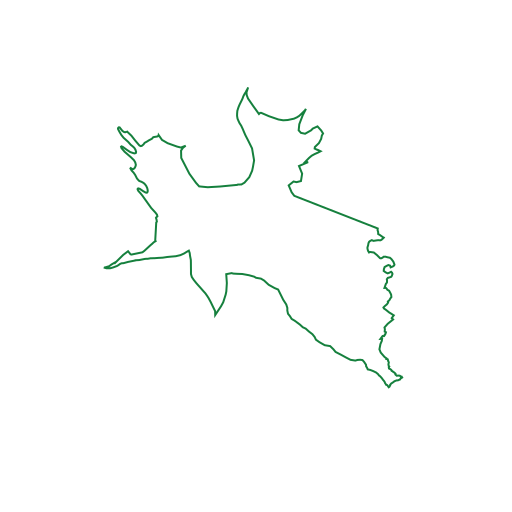 Hutan, Jawa Tengah, Indonesia, rotated 53°
{"feature_id": "22746128B69994664325988", "entity_name": "Hutan", "entity_type": "district", "adm_level": 2, "iso_a3": "IDN", "parent_name": "Indonesia", "parent_adm1": "Jawa Tengah", "projection": "orthographic", "projection_center": [110.358, -7.173], "detail": "fine", "context": "isolated", "style": "outline", "palette": "green", "viewbox_px": 512, "rotation_deg": 53, "n_neighbors": 0, "source": "geoboundaries", "source_scale": "gbopen_adm2", "svg_char_len": 6100}
<svg xmlns="http://www.w3.org/2000/svg" viewBox="0 0 512 512"><g transform="rotate(53 256 256)"><path d="M212.4,157.9L210.5,160.3L210.1,157.9L209.6,154.5L209.4,151.2L209.9,147.8L210.8,143.9L211.2,141.4L208.2,142.9L208.1,143.2L205.5,144.5L204.4,143.4L203.7,137.8L201.7,133.5L199.4,130.9L198.5,128.7L195.0,128.4L189.5,128.9L188.4,134.0L188.8,136.3L187.9,143.2L184.7,146.0L181.3,146.3L176.8,142.1L171.6,133.8L169.0,128.4L168.5,127.6L169.1,129.1L169.6,132.6L170.0,136.0L170.1,137.0L169.9,139.8L169.2,143.0L166.5,148.8L164.0,152.6L160.5,155.9L152.2,161.5L144.8,165.7L144.2,166.6L144.4,168.2L140.8,168.1L134.9,168.0L125.4,167.6L121.9,166.6L119.6,165.1L116.6,160.8L117.2,161.8L117.4,162.2L118.0,163.6L118.5,164.7L118.6,164.8L119.0,165.6L119.2,166.3L119.6,167.3L119.9,168.1L120.9,170.1L122.1,171.9L122.9,173.4L123.9,175.4L125.1,177.8L126.3,179.9L127.3,181.4L128.8,183.5L130.8,185.3L132.7,186.8L135.2,188.1L137.6,188.7L140.0,189.2L143.0,189.4L146.8,190.2L149.5,190.9L152.0,191.5L153.3,191.8L159.2,192.8L167.7,194.4L178.5,200.0L183.1,204.9L185.6,207.8L189.0,213.9L190.5,221.1L190.1,224.6L188.0,227.5L187.9,228.2L178.8,243.0L172.0,253.2L166.2,259.5L161.4,259.9L150.2,259.7L132.7,256.7L126.7,252.4L125.6,249.1L125.6,245.8L124.2,250.7L121.1,253.2L112.7,258.7L108.6,260.4L106.8,261.2L106.5,261.2L100.9,261.0L101.0,261.1L101.3,262.5L100.7,263.8L100.3,264.5L99.3,266.5L99.7,268.6L99.5,269.9L99.1,272.4L99.1,273.3L98.8,275.6L98.6,276.8L99.2,278.7L99.3,281.0L98.8,282.0L97.5,282.6L91.0,283.0L84.9,283.1L78.3,284.2L78.6,284.2L78.9,284.7L78.4,286.1L77.5,286.8L75.7,287.4L72.6,287.5L71.3,287.5L70.7,288.0L70.7,288.8L71.0,289.4L71.7,289.8L74.0,290.2L75.5,290.4L78.4,290.7L81.9,290.6L87.9,289.4L91.8,289.1L94.1,288.5L96.3,288.1L98.5,288.3L100.7,289.1L101.4,289.9L101.1,291.1L100.1,292.0L97.3,293.9L93.4,295.3L88.7,296.7L87.5,297.4L87.5,298.0L88.9,298.5L93.7,298.2L102.1,296.4L106.1,295.8L108.6,296.1L110.9,297.1L111.8,298.2L112.6,299.7L112.8,301.1L112.6,302.0L111.9,302.6L110.4,303.1L110.5,303.6L112.9,303.9L115.8,303.6L118.5,303.7L122.4,304.4L124.2,304.3L125.8,304.1L127.8,302.8L130.1,301.8L131.9,301.5L133.9,301.5L136.3,302.0L138.3,302.9L139.5,303.9L139.8,304.9L139.4,305.6L138.4,306.2L136.7,306.9L136.3,307.1L132.4,308.4L131.1,309.4L131.1,310.0L131.6,310.5L133.2,310.8L136.5,310.5L139.4,310.4L143.0,310.5L150.4,310.7L154.7,310.8L160.8,310.2L163.4,310.2L165.0,310.9L165.1,312.3L165.3,312.9L167.0,313.5L168.9,314.5L169.2,315.5L182.9,327.1L183.7,327.2L183.5,329.4L183.8,332.0L183.8,332.6L183.9,334.0L184.7,342.2L184.7,344.5L183.3,347.4L179.9,354.6L179.1,355.2L175.2,355.3L175.2,361.3L176.7,372.6L176.3,372.5L175.8,376.6L175.8,379.4L174.1,383.9L173.6,384.4L173.8,384.3L175.8,382.8L178.0,379.9L179.0,377.4L179.3,376.5L180.3,373.1L180.5,371.4L180.5,369.5L180.9,367.8L182.0,366.1L183.7,361.8L187.0,354.9L186.9,354.8L188.9,351.8L190.5,348.5L191.6,346.2L193.1,344.1L194.4,341.5L196.6,338.5L198.7,335.2L201.2,331.5L203.2,327.8L203.3,327.6L205.2,324.5L207.9,320.2L209.8,315.9L210.7,312.0L211.0,308.6L211.3,306.4L213.8,307.2L216.2,308.6L219.9,310.4L222.0,311.9L224.7,313.9L228.1,316.4L231.3,318.8L234.1,319.9L237.5,320.1L241.5,320.0L244.3,319.8L247.7,319.5L251.9,319.2L255.3,318.9L258.4,319.0L261.1,319.2L265.6,319.9L271.2,321.0L275.4,321.8L278.6,324.1L275.1,314.2L273.2,310.0L268.6,303.5L266.4,301.0L260.1,295.6L252.6,290.7L255.0,285.8L256.4,284.7L259.2,281.4L262.1,277.8L267.1,273.2L271.4,269.9L273.4,269.1L277.0,265.7L280.4,264.3L286.6,263.2L292.9,260.4L296.1,258.5L307.3,260.6L312.9,261.0L316.3,262.2L318.4,263.8L321.4,265.2L324.4,265.1L327.7,265.4L330.8,264.1L337.2,262.2L341.1,261.5L343.9,260.0L348.1,259.2L352.4,258.0L355.9,257.9L358.9,258.5L363.0,257.2L368.6,254.8L372.6,251.0L377.1,250.3L380.5,250.2L386.1,247.5L391.2,245.2L395.8,243.0L399.3,239.6L400.1,237.5L401.6,235.2L403.2,233.6L405.5,233.4L409.1,233.6L410.5,234.5L411.8,234.5L413.8,235.0L415.8,233.3L418.4,231.7L421.3,230.2L424.0,229.6L425.4,229.7L426.1,229.4L427.2,229.2L428.3,229.1L429.8,229.0L431.0,229.1L432.5,229.0L433.8,229.0L435.1,229.4L436.0,229.4L437.1,229.6L438.1,228.9L440.7,229.0L440.7,228.1L440.5,227.8L440.1,226.7L439.6,226.4L439.2,224.7L439.3,223.8L439.4,221.9L439.3,220.9L439.6,219.9L439.8,219.1L440.1,218.3L440.7,217.6L441.0,216.3L441.3,215.3L440.9,214.5L440.9,213.6L441.0,212.4L440.1,212.3L439.8,213.1L439.0,212.9L438.0,213.3L436.8,214.8L436.4,215.6L435.5,215.8L434.5,216.0L434.0,215.4L433.3,215.5L432.6,215.7L432.2,215.7L431.3,216.1L430.7,216.3L430.1,216.3L429.4,216.8L428.5,216.5L427.3,216.8L425.9,217.5L424.8,216.9L424.5,216.1L423.7,216.2L422.3,215.5L421.6,214.8L421.1,214.1L419.7,213.6L419.4,213.7L418.4,213.2L417.7,213.0L416.7,213.9L416.3,213.4L415.3,213.7L414.0,214.1L408.2,214.5L404.8,213.6L401.2,209.6L399.5,206.6L399.3,206.4L398.0,205.1L397.1,206.5L396.2,203.6L396.1,203.0L396.6,202.5L397.0,201.9L396.7,201.3L396.8,201.3L396.4,200.1L395.9,199.2L395.1,198.1L393.8,198.7L392.0,197.1L390.4,196.4L389.4,191.5L389.2,184.7L387.3,185.0L386.3,181.7L386.1,181.8L383.5,182.7L381.3,183.6L377.3,184.6L374.9,185.4L373.8,185.2L373.5,183.1L373.4,180.6L372.7,178.5L371.7,178.1L371.6,176.2L370.7,174.2L370.3,172.6L368.1,171.3L365.9,170.9L363.8,170.6L362.1,171.4L360.6,171.3L359.6,171.5L358.8,172.6L356.4,169.0L356.0,167.4L354.6,166.2L353.3,165.5L352.8,163.9L353.4,162.4L354.0,160.5L353.5,159.3L353.0,158.6L352.5,157.8L351.2,157.4L349.9,157.6L349.6,159.5L349.2,161.0L349.1,161.3L347.1,162.3L344.8,163.0L343.4,161.7L342.2,159.9L342.6,157.1L342.9,155.7L344.4,154.7L346.1,155.3L346.7,153.0L346.7,151.4L346.2,150.6L344.9,150.2L343.1,149.7L340.0,149.7L338.0,150.1L336.2,151.7L334.4,153.1L333.4,154.5L333.5,156.0L333.1,157.6L332.3,158.3L331.2,158.4L329.8,158.6L328.2,158.8L327.0,159.1L324.1,159.8L321.3,162.6L321.2,163.6L319.3,163.4L317.3,162.6L316.2,161.8L314.9,160.0L313.4,158.4L312.7,157.0L312.7,155.7L313.0,154.0L314.6,153.1L316.1,150.3L316.9,148.9L318.3,147.3L318.6,146.0L318.4,144.5L318.4,143.6L318.2,142.9L317.4,143.3L313.9,144.4L312.0,145.2L310.3,144.0L308.4,143.3L307.3,142.2L231.5,188.9L230.9,189.2L226.6,189.2L219.3,187.4L219.1,181.2L221.4,179.2L223.2,175.0L218.0,169.6L210.0,167.5L212.4,157.9Z" fill="none" stroke="#15803d" stroke-width="2"/></g></svg>